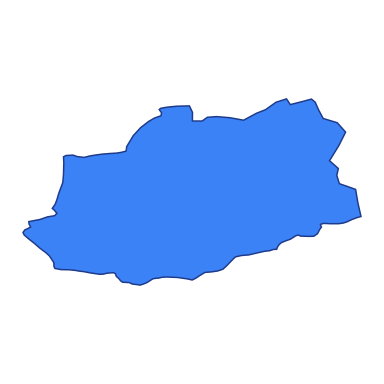 the district of Vallentuna, Stockholm, Sweden
{"feature_id": "70781695B12821480851485", "entity_name": "Vallentuna", "entity_type": "district", "adm_level": 2, "iso_a3": "SWE", "parent_name": "Sweden", "parent_adm1": "Stockholm", "projection": "equal_earth", "projection_center": [18.204, 59.607], "detail": "fine", "context": "isolated", "style": "filled", "palette": "blue", "viewbox_px": 384, "rotation_deg": 0, "n_neighbors": 0, "source": "geoboundaries", "source_scale": "gbopen_adm2", "svg_char_len": 1946}
<svg xmlns="http://www.w3.org/2000/svg" viewBox="0 0 384 384"><path d="M189.4,105.9L176.9,106.2L168.7,107.0L164.4,107.6L160.5,108.4L159.2,109.6L161.5,112.7L161.1,115.7L154.6,118.0L148.7,121.4L140.8,127.5L133.3,135.6L126.7,146.6L126.1,151.1L121.5,152.3L116.6,153.1L110.0,153.5L102.5,154.1L95.0,155.1L89.7,156.0L84.1,157.4L77.3,156.6L73.0,155.1L66.1,155.5L63.5,156.8L63.8,162.6L63.5,174.4L62.8,182.5L58.9,193.0L56.9,199.7L55.2,204.2L52.3,208.4L54.3,210.2L56.9,213.3L54.6,215.7L47.4,216.9L39.8,219.5L28.8,221.6L29.1,224.1L30.6,227.0L28.1,228.4L24.9,229.9L23.0,232.4L24.1,234.9L28.7,238.9L34.8,243.7L39.4,247.8L45.9,252.7L49.4,255.9L53.8,262.6L54.0,266.6L54.7,268.0L54.9,268.5L58.0,269.0L60.8,269.6L69.6,269.8L76.1,270.5L78.4,271.0L84.1,271.7L89.7,272.8L95.6,273.7L99.8,274.3L103.4,274.1L106.5,273.3L110.3,272.9L113.5,272.7L115.4,273.7L116.4,276.5L118.7,278.4L120.6,280.8L122.5,282.2L129.4,282.6L132.1,284.0L137.0,284.6L140.0,285.1L143.5,284.0L147.1,282.5L149.6,280.9L152.9,278.8L155.7,278.3L158.6,278.1L161.8,277.3L166.8,277.0L177.9,277.5L183.2,278.3L187.4,278.9L192.2,280.0L196.0,278.1L199.5,275.7L205.0,272.4L211.3,271.9L217.6,271.0L222.9,269.2L226.2,266.2L228.9,263.4L232.9,259.3L235.4,256.9L241.5,255.5L248.9,254.9L254.3,253.6L264.4,251.3L269.7,250.7L273.6,249.4L276.6,249.3L277.8,246.5L279.1,244.6L281.6,242.5L286.4,240.6L290.4,239.2L293.1,237.5L296.1,235.6L298.6,235.1L300.5,236.1L309.7,236.4L313.9,236.2L317.5,233.7L319.8,229.3L321.5,227.0L320.4,225.1L320.6,224.3L323.8,223.4L329.9,223.7L338.7,223.7L343.1,223.1L347.1,221.8L351.7,219.6L356.7,217.7L361.0,216.5L357.9,202.9L355.6,189.4L339.4,183.7L336.8,175.5L338.3,168.5L329.5,160.7L338.9,145.5L345.6,132.1L337.2,122.7L323.2,118.5L318.5,109.7L315.2,102.2L311.5,99.1L298.2,102.6L290.3,104.6L286.5,98.9L276.1,102.2L265.5,109.7L256.6,113.2L243.6,120.2L229.8,117.7L216.4,116.6L207.3,117.3L202.2,121.0L192.4,121.0L192.5,112.4L189.4,105.9Z" fill="#3b82f6" stroke="#1e3a8a" stroke-width="1.5"/></svg>